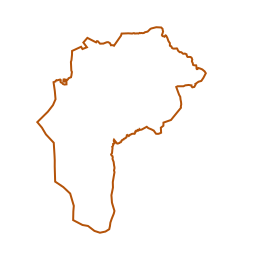 outline of Tsafe, Zamfara, Nigeria, rotated 348°
{"feature_id": "59680162B12426298681132", "entity_name": "Tsafe", "entity_type": "district", "adm_level": 2, "iso_a3": "NGA", "parent_name": "Nigeria", "parent_adm1": "Zamfara", "projection": "robinson", "projection_center": [6.979, 11.824], "detail": "fine", "context": "isolated", "style": "outline", "palette": "amber", "viewbox_px": 256, "rotation_deg": 348, "n_neighbors": 0, "source": "geoboundaries", "source_scale": "gbopen_adm2", "svg_char_len": 4021}
<svg xmlns="http://www.w3.org/2000/svg" viewBox="0 0 256 256"><g transform="rotate(348 128 128)"><path d="M176.6,35.3L171.4,35.5L170.4,35.8L167.2,37.8L166.0,37.8L164.3,37.9L163.2,38.4L161.8,38.2L160.7,37.8L159.7,37.8L159.0,37.4L158.0,37.8L156.9,37.4L156.2,37.3L154.2,37.0L153.7,36.5L152.9,36.4L151.7,36.5L148.2,35.5L141.4,34.3L140.3,36.3L131.4,44.6L130.9,44.0L130.2,43.9L129.4,43.6L128.5,43.5L128.4,42.9L128.3,42.4L128.0,41.6L127.8,41.0L127.5,40.8L127.0,40.4L126.4,39.9L125.0,39.7L121.4,40.3L118.2,39.7L116.5,36.9L115.7,36.6L114.6,37.6L113.1,36.4L107.0,31.4L102.1,35.1L104.6,40.5L99.9,41.3L99.0,38.8L89.3,41.0L88.5,44.6L86.8,49.9L85.9,51.5L84.5,60.0L84.8,61.5L83.6,64.8L82.8,66.5L81.4,66.7L80.2,67.0L79.5,67.8L78.6,68.4L77.9,68.0L77.1,67.8L75.7,67.1L75.1,67.1L74.5,68.7L75.0,69.4L77.5,69.4L76.9,72.5L74.9,72.3L73.6,71.5L72.8,70.1L71.7,69.3L71.6,68.4L72.2,67.2L71.7,66.5L71.3,66.5L69.7,66.6L68.8,66.7L68.0,66.3L67.2,66.8L66.8,67.4L65.8,67.5L65.4,67.6L64.7,67.7L64.6,69.0L64.1,76.6L63.1,84.8L59.4,90.0L53.0,95.4L40.5,103.4L43.9,109.8L44.7,112.2L46.4,117.2L52.3,127.0L50.7,137.7L50.3,140.3L49.6,144.5L48.3,150.5L45.6,165.3L52.4,172.3L57.8,180.1L58.8,192.9L57.2,198.2L55.2,206.7L62.6,212.8L63.3,213.4L68.5,215.5L73.8,221.7L78.8,224.6L83.4,224.6L84.4,224.6L88.6,223.1L89.9,220.3L91.1,216.9L93.2,213.4L96.3,208.8L97.5,206.3L96.9,199.1L96.8,197.6L97.8,190.3L99.5,186.4L100.9,183.1L101.9,177.7L103.5,173.7L104.6,170.9L105.6,168.4L105.5,166.6L106.4,164.6L106.6,163.5L106.6,161.6L106.9,158.2L106.4,155.0L106.9,153.9L107.0,152.4L106.2,151.4L106.0,150.3L107.1,149.3L107.6,147.8L108.2,145.8L108.8,144.2L108.7,143.6L108.6,143.2L109.0,143.0L109.4,142.5L109.9,141.8L110.1,141.2L110.0,140.6L110.1,140.4L110.5,140.3L111.0,140.2L111.4,140.1L111.6,140.2L111.9,139.9L111.9,139.5L111.7,139.3L111.8,138.9L111.5,138.4L111.4,138.2L111.5,137.3L111.6,136.9L111.9,136.5L112.2,137.1L112.6,137.9L112.9,138.6L113.3,139.3L113.7,140.1L114.2,141.0L115.0,141.1L115.5,141.0L115.8,140.9L116.5,140.9L117.2,140.4L118.0,140.4L118.8,139.7L118.9,139.2L119.6,138.7L119.9,138.5L120.5,138.4L121.3,138.3L121.6,137.8L122.4,137.6L123.0,137.5L123.4,137.4L123.7,137.0L124.3,136.9L124.9,136.3L125.0,135.6L125.3,135.3L125.4,134.8L125.7,134.7L125.9,135.2L126.5,135.2L127.1,136.0L128.0,135.5L128.2,135.2L129.2,134.9L130.1,134.8L130.4,134.6L131.6,134.6L132.5,134.8L132.8,134.7L133.0,135.0L133.3,135.0L134.1,134.0L134.3,133.1L134.5,132.9L134.6,133.2L134.6,133.3L135.4,133.0L136.0,132.8L136.1,132.6L136.5,132.6L136.6,132.4L136.6,132.2L136.8,131.9L137.0,131.8L137.4,131.9L137.6,132.2L137.7,132.6L138.3,132.4L138.6,132.4L138.7,132.1L138.9,131.9L139.0,131.7L139.2,132.0L139.4,132.3L141.0,132.4L146.6,130.7L147.8,132.3L150.9,134.4L151.5,135.0L152.6,135.8L153.0,136.7L153.3,137.4L154.2,139.4L154.7,139.6L156.3,140.0L157.9,139.9L158.3,139.7L159.4,139.5L160.2,134.5L161.5,133.9L162.4,133.5L163.1,133.1L163.7,130.5L163.8,130.1L171.7,129.1L184.0,119.2L184.2,117.8L185.0,115.9L185.3,113.5L185.3,111.1L185.6,108.3L184.9,106.2L183.7,97.9L185.2,97.5L191.0,98.7L192.9,98.2L196.2,98.5L198.7,99.4L199.0,99.5L198.8,100.5L199.4,101.6L201.4,101.6L203.3,99.4L203.1,98.9L206.6,97.4L209.5,97.2L212.3,94.5L215.5,90.6L214.7,88.5L213.8,87.4L212.9,86.2L210.9,84.8L209.2,83.9L208.6,84.0L208.2,84.8L207.6,84.7L207.4,84.2L207.7,82.3L207.7,80.9L205.7,80.4L204.8,79.8L204.8,77.8L204.4,76.4L204.4,75.8L205.1,74.5L204.8,72.5L204.0,71.6L203.2,71.3L202.0,71.1L201.1,70.9L200.8,70.5L200.7,70.0L200.7,69.6L200.6,69.4L200.5,69.1L200.6,68.1L200.1,67.7L199.6,67.4L199.1,67.0L198.5,67.0L198.0,67.0L197.3,66.8L196.8,66.2L196.3,65.4L195.6,64.8L194.4,64.6L193.9,64.0L193.4,63.3L193.0,62.6L192.8,61.6L192.6,60.5L192.0,60.2L191.0,60.2L190.5,60.0L189.5,60.0L188.4,59.5L187.6,58.7L187.5,58.0L187.4,57.3L187.1,56.9L186.5,56.7L186.1,56.2L186.2,55.5L186.4,54.8L186.5,54.1L186.5,53.2L186.1,52.6L185.6,51.2L185.4,49.6L185.2,48.0L184.5,45.6L183.9,45.2L183.4,45.6L182.7,46.3L181.9,45.7L180.9,45.3L180.5,44.1L181.6,42.4L182.4,40.8L182.3,39.5L182.4,38.2L181.4,36.6L176.6,35.3Z" fill="none" stroke="#b45309" stroke-width="2"/></g></svg>